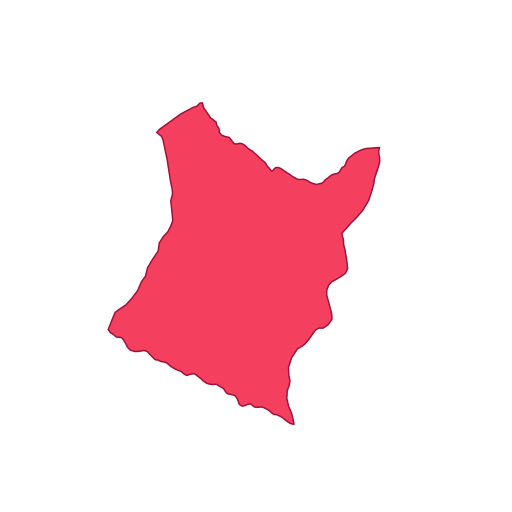 outline of Narang, Mongar, Bhutan, rotated 325°
{"feature_id": "84629894B39157233132648", "entity_name": "Narang", "entity_type": "district", "adm_level": 2, "iso_a3": "BTN", "parent_name": "Bhutan", "parent_adm1": "Mongar", "projection": "robinson", "projection_center": [91.434, 27.301], "detail": "fine", "context": "isolated", "style": "filled", "palette": "rose", "viewbox_px": 512, "rotation_deg": 325, "n_neighbors": 0, "source": "geoboundaries", "source_scale": "gbopen_adm2", "svg_char_len": 3842}
<svg xmlns="http://www.w3.org/2000/svg" viewBox="0 0 512 512"><g transform="rotate(325 256 256)"><path d="M92.7,231.5L92.8,233.5L92.8,235.6L93.6,236.9L94.4,239.1L94.8,241.2L95.3,242.4L96.5,243.4L98.9,245.6L99.4,247.1L99.2,249.1L99.2,252.1L98.6,255.3L98.5,257.7L98.8,259.6L99.2,261.3L100.6,263.0L102.4,265.1L104.7,266.5L106.7,267.6L109.7,268.9L111.2,270.5L112.3,272.5L112.5,274.9L113.0,277.7L113.6,281.7L113.9,283.1L115.9,284.9L117.0,286.8L118.1,288.4L119.6,289.8L121.3,291.9L122.1,294.2L122.8,297.6L123.8,299.6L124.9,302.2L126.3,304.4L128.4,307.5L128.9,309.2L129.2,310.6L129.6,312.0L130.4,313.5L131.3,314.4L133.5,314.9L135.8,315.9L137.7,316.9L138.5,318.1L139.1,320.2L139.5,321.6L140.5,324.8L141.2,328.4L142.6,331.9L143.8,333.6L145.9,335.7L148.1,337.2L149.4,337.9L150.3,339.1L151.5,342.0L152.4,343.6L153.4,346.4L153.2,349.4L153.3,351.5L154.1,353.0L156.9,356.0L158.4,357.7L158.8,359.7L158.7,362.4L158.2,364.6L157.4,366.8L157.4,368.5L158.0,369.9L158.7,371.1L160.9,372.1L163.8,372.7L166.3,373.7L167.2,375.2L167.4,376.5L167.9,378.3L169.0,379.8L171.4,381.4L173.2,382.3L175.0,384.1L176.3,386.4L177.2,387.9L178.2,390.4L178.9,393.6L179.2,394.7L179.8,396.0L182.1,398.1L183.2,400.0L184.0,401.4L185.2,404.1L185.8,406.8L186.9,410.1L188.0,412.7L189.4,414.5L190.7,415.5L192.7,411.1L194.2,407.3L195.8,402.0L196.2,398.5L199.7,390.1L204.4,384.2L208.9,381.1L212.4,377.5L214.4,372.6L218.9,365.7L226.8,359.7L231.9,357.8L236.3,355.9L241.8,356.3L245.9,356.1L252.2,354.4L259.5,351.7L262.7,350.7L266.1,351.1L269.7,353.6L275.6,353.7L281.9,351.4L284.9,346.7L287.0,341.0L289.5,334.2L291.4,328.8L294.3,324.6L298.9,321.5L303.3,320.6L308.2,321.1L313.9,321.5L319.4,321.4L323.9,318.8L328.2,310.8L332.7,301.4L334.3,297.0L336.9,292.9L338.2,289.3L339.2,286.7L343.0,285.8L346.3,285.1L352.5,283.5L360.1,282.2L369.2,280.0L380.2,275.1L388.3,269.0L394.1,264.2L397.7,260.3L401.5,257.5L407.2,253.3L411.4,249.7L413.9,246.0L415.0,243.0L417.3,239.8L419.3,238.0L417.2,236.6L415.8,235.8L414.0,234.7L413.1,234.2L412.2,233.8L410.9,233.0L410.1,232.4L408.0,231.2L406.4,230.5L405.3,230.2L403.0,229.5L400.7,229.1L399.5,228.9L398.0,228.8L396.5,228.5L394.5,228.5L393.4,228.6L391.4,228.7L390.3,228.8L389.3,228.8L388.1,228.9L386.0,229.6L384.2,230.5L382.2,232.0L380.9,232.8L379.9,233.2L378.7,233.1L377.0,232.9L375.7,233.5L374.7,233.9L373.7,234.5L372.7,234.9L370.8,235.1L369.4,234.8L367.8,234.0L366.9,233.6L365.7,233.3L364.1,233.0L362.7,233.1L361.4,233.1L359.8,233.3L358.4,233.3L356.4,233.3L355.3,233.6L353.8,234.1L351.6,234.1L350.7,233.7L349.5,233.2L348.3,232.8L346.8,232.2L346.0,231.4L345.0,230.1L344.1,229.0L343.3,227.8L342.4,226.3L342.0,225.2L341.5,224.1L341.0,223.2L340.4,222.2L339.1,220.5L337.9,219.7L336.6,219.0L335.0,217.9L334.1,216.9L333.5,215.9L332.6,214.0L331.9,212.7L331.4,211.4L330.9,210.2L330.3,208.1L329.7,206.9L329.1,205.6L328.6,203.9L328.0,202.6L327.4,200.9L326.5,198.6L325.4,196.8L323.9,195.4L322.7,194.9L320.5,195.1L319.5,195.5L318.1,195.7L317.3,194.8L317.3,193.6L317.2,191.5L316.8,190.0L316.9,187.4L317.1,185.9L317.0,184.4L316.7,183.1L316.3,182.0L315.7,179.8L315.4,178.2L315.1,176.3L314.8,174.9L314.6,173.8L313.6,170.2L313.3,168.3L312.7,166.9L312.0,165.6L311.0,162.6L310.8,160.7L310.0,158.0L309.4,156.8L308.6,155.5L307.3,154.3L305.0,153.5L303.6,152.6L302.5,151.2L302.2,145.6L302.0,143.4L299.4,140.6L297.3,137.5L296.8,133.7L298.1,132.3L298.9,129.6L298.7,126.8L300.1,123.5L298.8,118.8L298.0,116.9L298.1,114.2L298.1,109.2L298.2,104.5L299.9,99.8L297.8,98.6L296.4,98.8L293.5,99.4L289.8,98.2L275.8,96.5L249.3,96.9L245.6,97.9L247.3,103.9L246.2,108.1L238.6,125.9L229.0,145.4L225.8,152.8L223.4,157.1L217.8,161.9L213.5,169.8L208.1,179.3L202.7,183.0L197.3,185.7L191.4,186.9L184.4,189.7L178.7,195.8L168.9,199.6L160.6,203.3L153.9,209.1L147.0,211.6L139.3,216.4L129.6,219.6L121.3,221.4L112.2,221.2L108.0,221.5L100.6,226.3L92.7,231.5Z" fill="#f43f5e" stroke="#9f1239" stroke-width="1.5"/></g></svg>